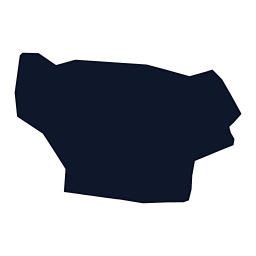 Nykvarn, Stockholm, Sweden (Natural Earth projection)
{"feature_id": "70781695B30902194250212", "entity_name": "Nykvarn", "entity_type": "district", "adm_level": 2, "iso_a3": "SWE", "parent_name": "Sweden", "parent_adm1": "Stockholm", "projection": "natural_earth1", "projection_center": [17.413, 59.188], "detail": "fine", "context": "isolated", "style": "filled", "palette": "ink", "viewbox_px": 256, "rotation_deg": 0, "n_neighbors": 0, "source": "geoboundaries", "source_scale": "gbopen_adm2", "svg_char_len": 604}
<svg xmlns="http://www.w3.org/2000/svg" viewBox="0 0 256 256"><path d="M66.3,168.9L64.7,191.3L70.1,192.0L75.9,192.8L78.6,193.1L82.4,193.8L115.6,198.3L119.6,198.7L142.9,202.5L167.9,201.6L183.3,201.5L188.2,199.8L190.8,189.3L191.5,175.6L194.2,160.4L220.5,149.5L232.8,144.6L233.7,139.1L230.1,133.0L228.4,126.6L233.3,122.0L240.6,113.8L234.6,102.8L229.2,93.1L221.5,79.8L212.2,70.4L206.7,72.2L189.4,77.0L167.6,70.9L146.6,65.3L93.6,61.7L75.4,60.5L55.9,65.9L38.4,53.9L22.8,53.5L20.5,55.8L15.4,92.7L17.7,114.8L17.9,116.2L43.4,133.1L53.2,148.2L66.3,168.9Z" fill="#0f172a" stroke="#020617" stroke-width="1.5"/></svg>